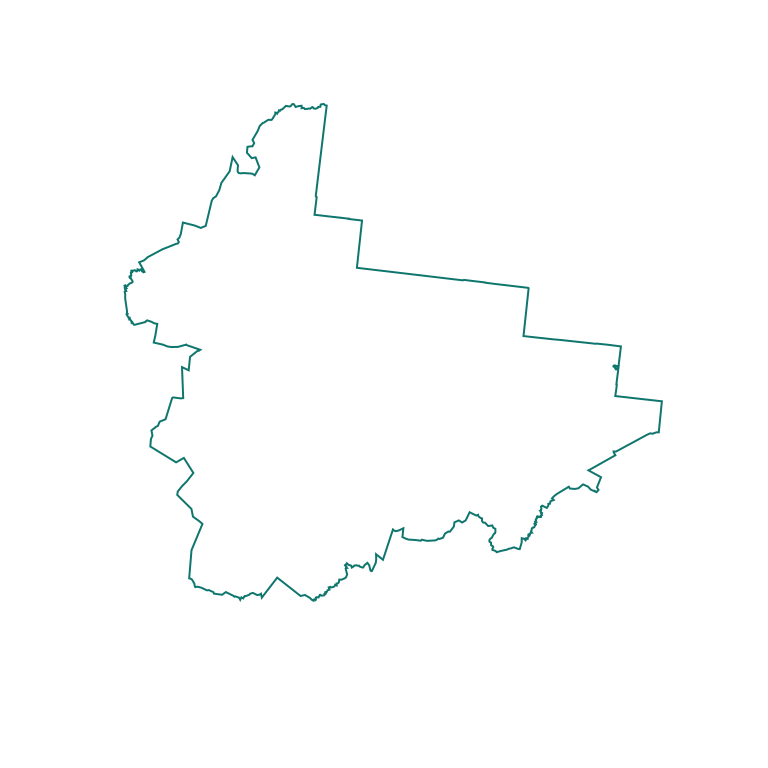 the district of Alsungas pag., Alsungas, Latvia, rotated 107°
{"feature_id": "27541924B56000157761411", "entity_name": "Alsungas pag.", "entity_type": "district", "adm_level": 2, "iso_a3": "LVA", "parent_name": "Latvia", "parent_adm1": "Alsungas", "projection": "mercator", "projection_center": [21.563, 56.984], "detail": "fine", "context": "isolated", "style": "outline", "palette": "teal", "viewbox_px": 768, "rotation_deg": 107, "n_neighbors": 0, "source": "geoboundaries", "source_scale": "gbopen_adm2", "svg_char_len": 6154}
<svg xmlns="http://www.w3.org/2000/svg" viewBox="0 0 768 768"><g transform="rotate(107 384 384)"><path d="M380.7,142.3L355.9,117.9L353.3,114.9L353.0,112.4L352.0,111.4L350.4,109.0L349.9,107.1L319.3,113.2L327.9,159.3L319.5,160.6L316.3,161.3L316.3,161.7L299.5,164.6L302.2,166.3L301.6,167.4L300.6,167.4L300.2,169.7L299.3,169.7L298.8,168.8L298.7,168.0L299.2,167.2L298.7,166.6L298.6,165.5L298.0,165.0L278.8,168.4L280.9,180.8L283.2,192.5L283.6,193.1L290.3,228.2L291.9,235.7L297.4,264.6L250.1,273.7L249.9,274.3L256.2,309.0L257.5,316.7L257.3,316.8L259.6,329.6L261.1,338.1L261.8,338.8L280.8,443.9L234.1,452.8L236.5,466.0L236.2,466.0L242.5,499.9L225.0,503.0L224.8,503.2L224.7,503.8L224.3,504.2L134.5,520.2L134.7,521.9L133.8,523.5L135.2,526.2L137.5,525.9L138.2,527.9L139.2,528.0L140.8,529.9L141.0,531.8L140.1,533.1L140.1,533.5L142.3,535.1L142.6,536.8L143.1,537.3L144.2,540.1L143.4,541.4L144.3,543.5L142.6,543.8L142.0,544.2L143.3,547.1L144.9,549.5L142.8,552.0L143.1,553.5L145.9,554.7L146.3,555.8L146.7,559.1L151.1,561.6L151.7,562.7L152.9,563.1L152.9,564.4L154.4,564.3L155.5,565.1L156.7,565.2L156.1,566.5L156.2,567.3L157.3,566.9L158.7,567.0L164.0,568.5L164.4,568.9L165.1,571.8L169.3,575.4L169.9,576.3L173.6,578.3L178.7,578.7L188.9,581.1L191.6,578.6L195.2,579.3L195.8,581.2L197.1,583.9L202.9,582.7L206.7,576.5L204.8,573.1L213.3,566.5L222.2,568.6L221.5,570.9L221.5,572.3L223.4,580.2L224.5,582.8L224.7,584.7L223.9,585.8L222.7,586.4L217.5,587.6L211.3,595.1L225.7,593.8L239.2,598.3L246.8,598.2L253.6,599.5L256.4,601.7L259.1,602.3L284.9,600.7L288.3,604.8L287.8,611.4L288.4,623.5L299.8,622.2L303.8,622.4L306.1,623.7L308.2,621.7L309.9,622.2L310.7,623.7L319.9,635.2L331.7,647.0L335.9,649.6L339.2,653.7L346.8,645.8L347.5,646.7L346.9,648.5L346.4,648.9L345.4,648.5L345.0,649.4L345.9,650.7L347.1,651.2L346.4,652.7L346.4,653.2L347.6,652.9L348.5,653.3L348.7,653.8L348.3,654.3L348.3,655.1L348.0,655.6L349.0,656.9L349.0,657.7L349.6,658.8L349.9,658.7L350.0,657.6L350.4,657.4L350.9,657.5L351.7,658.6L354.2,657.4L354.6,657.4L355.4,658.8L356.3,658.6L356.8,658.1L356.8,656.8L357.9,656.2L358.5,655.1L359.7,654.3L360.3,654.3L362.4,656.6L364.2,657.8L365.3,657.9L366.0,659.2L365.2,660.1L365.8,660.9L367.4,660.0L367.2,659.1L367.8,658.2L368.5,659.0L368.1,659.5L368.3,659.8L369.6,658.9L369.8,658.2L370.4,657.7L370.9,658.7L371.4,659.0L374.1,657.6L377.7,656.6L389.8,650.9L391.3,650.6L391.8,649.7L392.7,650.5L395.5,647.4L395.2,647.0L395.9,646.9L395.7,646.2L396.8,646.1L396.6,645.5L397.6,644.0L398.0,644.0L398.3,643.3L398.5,643.5L399.2,643.2L398.6,642.7L400.4,640.6L400.4,640.0L394.5,630.3L394.1,630.4L392.4,629.1L392.5,624.6L393.1,621.6L392.8,618.4L404.9,616.8L411.7,616.3L411.0,607.1L411.4,602.0L410.8,598.0L408.7,591.8L404.2,584.7L404.5,584.5L405.0,569.7L406.5,570.9L406.5,571.8L414.7,577.4L428.0,574.8L426.9,582.1L456.2,571.9L457.2,574.2L458.5,581.8L459.3,582.5L481.6,582.6L485.6,587.5L490.2,588.0L491.4,589.4L496.4,592.8L501.2,590.3L504.8,590.8L512.1,589.2L519.7,559.9L513.2,553.8L524.8,540.3L534.5,544.0L540.6,547.2L547.1,549.8L550.5,549.3L559.8,531.6L566.7,527.9L569.2,520.5L570.9,516.7L599.2,519.5L626.8,513.5L626.8,511.7L627.2,510.4L630.3,507.0L632.8,505.8L633.4,505.0L632.4,503.2L632.2,499.2L633.1,492.9L632.3,491.3L632.9,486.3L634.2,485.3L632.9,477.2L629.2,474.4L630.8,464.9L631.0,464.8L630.6,464.4L630.7,460.1L632.4,458.4L629.7,458.0L630.2,456.0L627.6,455.3L627.6,454.7L625.1,451.4L623.7,450.7L622.1,448.3L622.9,443.7L622.0,441.6L620.5,440.3L624.0,438.4L600.4,429.5L611.1,401.8L608.9,397.9L610.2,392.4L611.6,389.6L611.8,388.2L611.1,388.5L610.4,387.8L610.7,386.3L609.8,386.1L608.2,386.8L607.5,386.0L607.3,384.2L604.4,383.7L604.2,383.2L604.7,382.5L604.7,381.9L603.7,379.6L602.6,379.3L602.2,378.6L601.8,378.6L601.6,379.2L601.2,378.8L600.3,379.3L599.7,378.5L599.9,378.1L597.7,377.6L596.6,376.0L594.7,377.4L593.7,376.0L594.1,375.2L592.9,373.2L592.0,372.2L590.3,372.0L590.5,370.4L588.7,371.0L588.1,369.8L586.9,369.2L584.1,369.6L583.6,367.5L581.2,364.6L580.0,363.8L576.8,363.6L571.8,366.7L571.4,366.6L570.8,365.6L570.3,366.7L569.4,366.6L569.0,368.1L568.7,368.4L567.7,367.6L566.3,367.2L567.3,365.0L567.3,362.2L568.9,361.1L567.1,359.5L566.4,359.4L565.4,357.3L565.5,356.1L565.0,354.6L565.7,353.8L565.8,351.0L565.6,350.3L562.9,349.6L559.9,347.6L561.7,345.1L566.2,342.5L566.7,341.6L566.4,340.9L557.6,339.6L554.3,340.1L549.1,341.8L552.4,333.6L520.5,332.9L521.2,331.3L521.3,329.6L519.7,327.0L516.3,323.3L525.0,321.6L525.5,318.2L525.6,314.9L524.1,308.8L523.1,303.0L521.9,302.4L521.4,296.9L518.6,289.3L517.6,288.0L515.9,286.8L516.0,285.6L513.7,282.6L509.1,281.9L506.2,279.2L506.1,277.9L505.8,277.7L499.9,275.5L495.7,276.2L492.6,272.6L493.6,268.8L493.5,268.6L490.5,266.0L481.6,264.6L482.8,257.3L481.6,255.8L483.0,254.9L483.9,252.4L483.9,250.9L486.3,250.3L487.5,248.7L487.1,246.8L489.4,242.8L487.6,239.1L489.6,237.3L489.9,235.2L492.9,234.2L494.2,234.2L494.5,234.7L496.1,235.3L499.7,236.0L499.8,236.3L501.7,237.5L502.8,237.5L504.0,237.0L504.4,235.3L506.9,234.4L507.3,232.6L508.0,231.8L510.0,232.2L511.0,231.8L510.9,230.6L511.2,228.1L511.9,227.1L509.6,223.6L506.4,217.9L505.1,216.5L504.3,214.9L502.2,212.0L502.5,207.1L502.2,205.9L495.4,206.0L491.2,207.2L491.1,204.7L492.1,202.9L491.0,202.7L490.1,203.3L489.9,203.0L490.2,201.6L490.1,201.3L489.1,201.7L487.0,200.9L486.5,201.8L485.6,201.9L485.3,201.5L485.8,200.5L483.5,200.4L482.9,199.0L481.8,200.4L480.7,200.1L478.9,200.4L477.9,199.8L477.9,199.4L477.0,198.4L475.8,198.4L473.9,197.6L473.5,197.9L473.9,198.9L473.7,199.3L471.7,198.0L471.4,199.2L470.6,198.7L469.9,198.7L469.5,199.2L468.2,199.0L467.9,198.6L467.3,198.8L466.9,198.4L466.0,198.9L465.5,198.3L466.0,197.5L465.9,196.8L465.4,196.4L465.6,196.0L465.4,195.1L465.1,194.9L464.0,195.4L463.1,194.6L462.3,195.5L461.2,195.1L460.9,195.7L461.1,196.4L459.9,196.9L459.6,197.6L459.0,197.0L458.7,197.3L457.5,196.9L455.5,198.0L454.1,197.1L454.9,192.1L452.4,191.3L450.5,191.8L450.0,190.3L447.4,190.5L445.3,187.8L444.3,189.9L441.9,188.8L438.7,186.6L428.2,177.2L429.6,175.7L428.6,170.9L426.9,167.6L421.8,164.3L422.5,158.9L424.5,155.5L425.1,150.9L424.7,150.9L425.3,149.1L422.6,147.9L420.7,150.1L409.7,149.2L406.8,163.2L384.5,141.9L382.5,144.1L381.4,144.7L380.7,142.3Z" fill="none" stroke="#0f766e" stroke-width="2"/></g></svg>